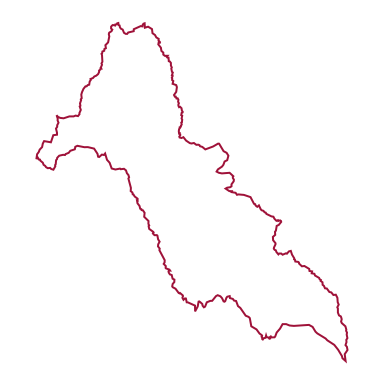 outline of Ramoetsana, Mafeteng, Lesotho
{"feature_id": "5366337B15591495914188", "entity_name": "Ramoetsana", "entity_type": "district", "adm_level": 2, "iso_a3": "LSO", "parent_name": "Lesotho", "parent_adm1": "Mafeteng", "projection": "robinson", "projection_center": [27.537, -29.836], "detail": "fine", "context": "isolated", "style": "outline", "palette": "rose", "viewbox_px": 384, "rotation_deg": 0, "n_neighbors": 0, "source": "geoboundaries", "source_scale": "gbopen_adm2", "svg_char_len": 5933}
<svg xmlns="http://www.w3.org/2000/svg" viewBox="0 0 384 384"><path d="M345.6,361.0L344.7,354.2L347.5,350.0L346.9,346.8L345.5,345.1L346.5,342.1L346.3,339.9L347.4,338.1L346.7,334.6L347.0,332.6L346.1,330.8L346.3,329.5L345.4,326.3L341.8,323.1L341.1,321.6L341.7,319.2L341.2,317.4L340.8,316.4L339.0,315.4L337.9,312.6L337.9,308.5L337.3,307.3L338.7,304.6L337.7,302.2L337.4,297.8L335.8,294.7L333.4,295.0L331.3,292.4L329.4,292.0L326.8,288.5L325.0,288.3L323.9,285.8L322.6,284.8L322.5,282.3L320.6,280.9L320.9,280.0L319.7,279.3L319.1,277.9L315.0,275.5L314.4,273.8L311.7,273.3L312.1,271.4L309.5,271.0L309.2,268.9L304.4,266.0L301.9,266.3L299.1,263.6L298.9,262.5L298.2,261.9L295.3,261.5L295.0,259.9L294.1,259.3L294.3,258.4L292.0,254.6L290.8,250.9L288.9,251.4L286.9,253.7L286.0,253.3L282.6,254.7L281.2,253.5L279.2,253.5L278.4,254.4L276.4,252.0L275.8,250.3L274.7,249.9L273.8,248.7L274.0,247.5L275.5,244.3L275.5,243.2L273.1,240.2L272.9,236.9L275.2,234.9L275.0,231.8L275.9,230.6L276.7,225.9L278.8,224.9L281.2,221.9L281.0,221.0L280.1,220.4L278.2,221.0L277.9,220.2L276.4,220.8L274.4,218.7L273.4,216.7L271.5,216.4L266.4,213.9L265.7,212.6L264.6,212.3L263.4,210.8L261.7,210.3L260.8,209.4L258.9,205.4L257.3,206.8L256.5,206.3L255.5,205.3L255.2,204.2L254.0,203.8L250.5,197.1L243.9,194.9L238.4,194.4L237.0,194.8L235.6,192.8L231.6,192.1L231.9,191.2L229.3,191.1L225.6,188.6L227.1,187.7L230.2,187.2L231.5,186.3L231.5,184.3L233.7,181.3L233.9,179.6L232.9,178.1L232.8,176.8L233.3,176.2L229.6,172.8L221.9,173.4L218.9,172.8L216.6,171.6L217.9,169.4L222.0,166.6L223.4,164.8L224.6,161.5L227.2,160.2L228.4,155.7L226.6,152.8L223.6,151.2L219.1,143.7L218.1,143.6L213.1,146.5L205.3,149.4L202.3,146.9L200.0,146.2L199.5,145.2L198.4,144.7L196.3,144.8L193.9,143.0L191.5,143.5L189.8,143.1L186.1,140.6L183.4,137.2L181.5,138.0L179.6,137.5L179.3,136.6L180.3,135.1L180.2,134.3L179.3,133.9L179.6,133.1L179.0,133.0L178.8,131.1L179.1,129.1L180.0,127.9L179.7,127.3L180.9,126.6L180.9,125.7L181.7,124.6L181.3,122.6L181.9,122.3L182.2,119.6L181.6,118.6L182.2,115.7L181.2,115.1L181.7,112.8L182.6,112.4L182.7,111.8L181.9,110.6L181.5,108.2L180.1,106.8L179.1,107.2L178.4,105.7L178.4,104.3L178.9,103.2L178.1,101.8L178.4,99.7L177.6,98.3L176.5,98.5L175.7,96.6L174.9,96.7L174.0,95.0L176.2,91.9L176.9,87.1L176.2,85.1L172.6,83.8L173.3,81.0L172.1,80.0L172.2,78.4L171.8,77.8L172.6,76.2L172.6,75.5L171.9,75.3L172.8,72.5L172.0,71.9L171.3,68.6L171.8,67.5L170.9,65.5L170.9,62.9L169.8,61.5L168.8,61.2L168.5,57.7L167.4,57.6L166.7,56.8L167.5,55.8L164.8,55.8L163.3,54.6L163.3,52.6L161.4,50.9L160.9,47.7L158.3,44.4L158.7,42.3L159.8,42.7L160.0,42.2L158.5,40.3L158.7,38.9L156.3,37.4L155.0,35.0L152.5,33.2L152.0,29.1L148.1,26.7L144.9,27.7L144.6,23.3L143.5,23.7L142.7,24.8L142.5,26.4L140.7,26.1L133.8,29.2L133.7,31.2L128.2,32.5L127.2,33.9L125.8,33.9L124.0,32.8L122.7,29.6L120.8,28.6L119.9,27.2L119.6,25.5L118.6,25.1L118.3,23.0L117.2,23.3L116.6,24.4L115.3,24.5L115.1,25.5L112.9,25.0L112.0,25.6L111.1,26.7L111.1,28.6L112.3,29.6L111.5,31.2L109.2,32.7L108.8,34.1L109.3,36.4L108.1,42.4L105.4,45.2L105.9,48.2L104.4,49.0L104.2,50.8L102.4,51.5L102.1,53.4L101.5,53.9L102.0,55.0L102.4,61.8L101.5,63.4L102.0,64.8L100.9,67.4L101.3,68.5L100.5,68.4L100.4,69.5L99.1,70.5L99.1,72.0L98.1,74.1L96.2,75.7L94.3,76.5L93.0,78.0L90.5,79.0L90.8,79.9L89.7,81.5L89.2,84.7L87.7,85.1L86.6,86.3L85.5,86.3L83.5,88.8L82.0,92.2L81.3,94.6L81.7,98.2L80.8,99.3L81.1,100.2L80.0,103.4L80.4,105.8L79.7,106.4L80.8,109.9L79.4,113.1L79.5,114.2L78.0,116.1L75.6,115.6L73.6,116.4L69.4,116.4L63.6,118.3L60.2,117.9L57.9,116.8L56.6,115.2L57.7,118.6L57.6,120.4L58.5,122.7L57.2,125.2L57.2,126.8L56.0,128.6L57.0,132.7L57.0,134.7L53.3,135.2L50.9,142.3L44.1,141.1L42.8,143.6L42.1,147.1L39.7,149.6L38.7,152.1L37.1,154.2L36.5,158.3L37.7,158.6L37.9,157.8L39.1,159.7L40.0,159.7L40.4,160.7L42.8,162.7L43.6,164.8L45.2,165.9L46.1,167.2L47.8,168.2L50.1,167.9L51.2,169.0L53.4,169.7L55.3,166.3L55.1,165.1L55.7,164.2L56.1,160.2L57.0,159.1L57.2,157.8L59.2,155.7L63.1,154.8L65.0,155.0L65.6,154.1L68.7,152.8L70.3,150.8L74.8,149.3L75.3,146.8L77.4,145.8L84.4,147.2L87.8,147.1L94.1,148.6L97.5,153.8L98.1,156.7L99.2,157.0L101.9,154.6L103.9,155.0L105.1,153.5L107.0,159.8L109.6,162.7L111.7,168.5L115.4,169.5L120.0,168.6L120.7,169.2L124.0,168.8L126.0,170.4L126.9,173.2L128.4,175.0L129.1,177.3L128.4,178.5L130.9,187.9L130.7,191.1L132.4,192.5L132.7,194.3L133.4,194.4L134.7,196.5L137.6,198.7L137.6,200.7L137.0,200.5L137.5,203.3L139.5,205.9L140.2,208.7L141.4,209.2L141.6,210.1L142.9,210.3L144.6,212.8L144.2,216.8L148.5,221.0L148.4,223.8L149.2,225.5L148.6,226.1L149.2,228.9L153.3,231.9L153.6,232.6L152.9,233.3L153.6,234.4L154.7,235.2L156.8,235.1L157.4,235.6L158.1,239.3L159.6,241.7L158.2,244.3L158.0,246.4L159.7,248.6L159.4,250.2L164.7,260.2L164.6,262.4L163.7,263.9L165.8,266.1L165.6,267.9L166.0,268.4L169.4,269.6L170.1,270.6L168.8,270.6L168.5,271.4L168.8,272.7L169.9,274.4L171.7,275.0L172.6,278.7L174.4,279.6L174.3,282.1L172.7,283.9L172.2,286.3L172.7,287.2L175.5,288.7L178.7,293.0L179.6,293.4L180.0,293.0L182.8,295.4L183.0,296.1L182.4,297.8L183.5,299.8L185.0,298.4L185.9,298.5L186.7,302.3L187.9,302.4L195.0,305.6L195.1,311.4L197.7,306.5L198.6,301.6L199.2,301.4L200.3,302.2L202.3,304.0L202.6,305.7L203.9,307.3L205.1,306.6L206.8,302.3L210.2,300.9L212.2,300.8L216.0,296.1L217.7,295.2L220.4,296.3L222.0,298.1L223.6,301.4L224.5,301.7L225.2,301.2L226.5,297.6L227.3,296.7L229.7,296.1L230.0,298.1L232.8,298.9L234.1,300.6L236.1,301.0L238.0,306.1L240.3,307.9L245.7,315.7L248.6,316.9L249.8,318.1L251.3,326.3L256.5,329.4L259.5,333.5L261.7,335.1L262.1,335.6L261.6,336.7L262.0,337.0L262.3,339.2L262.8,339.5L263.8,338.2L265.5,337.8L266.1,335.5L266.6,337.1L268.4,337.5L269.4,338.7L270.1,338.5L270.1,336.9L270.8,336.4L271.5,337.4L274.5,337.3L275.2,336.5L276.7,332.5L280.0,328.7L282.6,324.1L286.1,324.1L289.6,325.5L293.8,325.9L309.0,324.9L312.6,326.9L315.5,331.7L317.3,333.4L325.6,338.5L327.3,340.3L334.3,344.9L338.1,349.7L341.9,356.0L342.5,358.3L345.6,361.0Z" fill="none" stroke="#9f1239" stroke-width="2"/></svg>